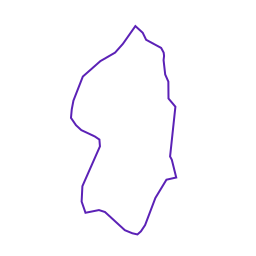 SVG path tracing the border of Železniki, rotated 286°
{"feature_id": "SVN-1020", "entity_name": "Železniki", "entity_type": "Municipality", "adm_level": 1, "iso_a3": "SVN", "parent_name": "Slovenia", "parent_adm1": "", "projection": "robinson", "projection_center": [14.116, 46.221], "detail": "fine", "context": "isolated", "style": "outline", "palette": "violet", "viewbox_px": 256, "rotation_deg": 286, "n_neighbors": 0, "source": "natural_earth", "source_scale": "10m", "svg_char_len": 610}
<svg xmlns="http://www.w3.org/2000/svg" viewBox="0 0 256 256"><g transform="rotate(286 128 128)"><path d="M165.0,70.4L184.7,83.0L196.9,94.8L207.5,99.9L228.0,107.0L223.6,115.9L217.8,121.1L214.1,137.8L210.3,141.5L207.2,142.8L203.0,143.5L189.7,149.0L183.7,154.0L167.5,158.8L161.5,167.7L112.2,176.3L109.5,178.9L93.7,188.0L88.9,179.2L68.3,173.6L39.4,171.2L32.2,168.9L28.3,166.4L28.0,161.2L28.9,153.1L40.9,129.0L41.1,122.7L34.8,110.5L44.5,103.7L59.5,100.2L102.6,106.1L109.0,103.7L110.7,98.5L113.1,83.7L116.3,77.3L122.0,70.4L130.4,68.8L139.3,68.0L165.0,70.4Z" fill="none" stroke="#5b21b6" stroke-width="2"/></g></svg>